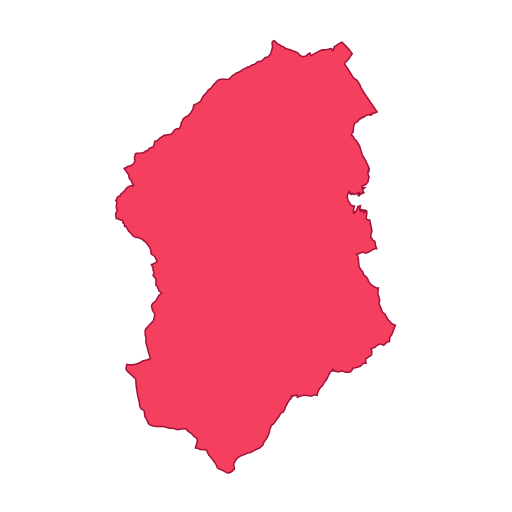 the district of Balcani, Bacau, Romania, rotated 273°
{"feature_id": "2599482B16052251783931", "entity_name": "Balcani", "entity_type": "district", "adm_level": 2, "iso_a3": "ROU", "parent_name": "Romania", "parent_adm1": "Bacau", "projection": "equal_earth", "projection_center": [26.5, 46.643], "detail": "fine", "context": "isolated", "style": "filled", "palette": "rose", "viewbox_px": 512, "rotation_deg": 273, "n_neighbors": 0, "source": "geoboundaries", "source_scale": "gbopen_adm2", "svg_char_len": 6115}
<svg xmlns="http://www.w3.org/2000/svg" viewBox="0 0 512 512"><g transform="rotate(273 256 256)"><path d="M350.5,364.0L358.2,359.8L362.0,357.1L371.9,353.4L376.7,349.9L377.9,348.2L381.0,346.4L381.1,345.2L382.4,345.1L385.4,346.6L390.0,346.6L394.0,347.7L394.3,348.7L396.2,351.0L397.8,351.8L399.0,354.3L400.1,354.5L400.5,355.0L400.0,356.2L400.7,357.2L402.3,358.3L402.3,359.3L402.9,360.6L402.8,361.8L403.2,362.6L402.7,362.8L402.6,363.3L403.6,364.6L404.6,364.9L405.1,367.4L406.2,369.4L424.4,355.5L429.3,352.2L432.9,350.5L436.8,347.7L437.8,345.6L439.7,343.5L447.7,338.0L452.7,334.1L457.4,338.1L463.0,341.5L467.3,338.0L471.6,333.5L471.4,333.4L474.1,330.8L472.2,327.3L469.4,324.0L469.3,323.2L467.6,323.1L467.1,322.6L465.2,322.3L467.1,320.1L465.6,315.1L465.6,312.8L464.8,312.1L465.3,311.2L465.2,310.6L459.0,300.4L461.5,299.3L460.8,297.8L458.4,295.5L457.5,292.6L458.5,289.5L461.1,287.0L462.2,284.4L463.0,281.1L463.9,279.4L464.1,277.5L464.7,274.9L466.5,272.2L466.7,270.3L467.9,269.2L468.9,266.7L472.1,262.8L471.6,261.9L470.2,260.9L465.3,261.5L458.7,260.1L455.5,257.6L455.0,256.5L454.9,255.0L451.3,251.7L450.4,249.8L450.4,247.9L447.5,244.7L446.8,243.1L446.6,241.9L444.9,240.2L444.3,237.6L443.2,236.3L442.1,233.9L438.7,229.3L437.8,226.7L436.1,225.1L435.2,223.3L431.5,220.1L430.8,218.2L430.9,213.7L430.6,211.4L429.4,208.5L424.1,204.1L421.3,202.3L419.4,199.8L417.0,198.4L413.1,195.0L407.6,192.5L405.1,189.2L403.7,186.1L399.1,185.2L395.1,183.0L392.9,181.2L390.6,177.7L388.9,175.9L387.2,175.5L385.1,174.4L381.5,173.8L379.6,172.8L379.1,171.9L378.9,170.2L377.8,168.2L373.8,165.6L373.4,164.9L372.9,164.0L371.8,158.1L368.7,153.8L365.9,151.3L365.3,149.0L364.0,148.6L362.4,148.6L359.6,147.6L358.4,144.6L357.1,143.1L355.5,142.3L355.4,140.7L353.7,138.8L353.2,137.6L352.7,135.6L352.3,131.1L351.9,130.3L349.1,129.6L346.9,129.5L344.4,130.3L341.6,128.7L339.9,126.7L338.7,123.0L337.6,122.2L337.2,120.6L336.4,119.7L330.9,124.3L329.9,124.8L327.1,125.2L324.9,127.3L321.9,128.7L320.1,130.1L319.4,129.3L319.9,128.8L318.9,125.5L317.8,124.0L316.9,123.4L316.7,122.7L314.9,121.9L313.3,120.6L313.1,120.1L311.4,118.7L311.2,118.1L310.5,117.5L308.8,117.1L308.7,116.2L307.5,114.4L306.1,114.3L304.9,113.6L304.7,113.9L304.0,113.2L303.7,113.8L301.2,114.3L298.2,113.8L295.9,114.2L294.2,115.3L292.9,114.4L290.6,113.6L286.2,114.4L285.5,117.3L284.7,118.9L284.9,120.1L284.6,121.0L282.2,121.4L282.3,121.8L280.9,122.9L278.6,123.2L279.0,124.4L273.7,127.8L273.3,128.8L269.7,132.0L268.3,135.0L268.3,137.6L266.6,141.7L265.4,143.0L264.1,145.0L260.0,148.6L256.5,150.7L254.0,150.8L252.4,151.4L251.1,153.9L250.0,155.0L245.4,157.6L243.9,155.9L242.1,152.6L242.1,152.0L241.8,151.9L238.9,153.9L236.6,153.8L234.5,155.1L231.1,154.2L230.7,155.0L230.1,155.1L227.8,157.3L221.9,157.5L219.5,159.5L216.2,160.9L213.9,163.8L211.5,161.0L206.1,158.4L203.2,155.3L201.4,154.4L200.5,154.3L196.7,155.3L193.1,157.7L191.1,157.9L186.0,156.9L177.7,149.9L175.9,149.2L171.6,149.4L168.8,150.3L163.6,150.7L153.8,153.8L148.0,156.0L146.4,152.2L145.5,148.7L143.0,144.9L141.2,140.2L140.7,134.9L141.1,132.7L136.9,132.1L135.7,132.3L133.9,133.9L126.9,142.3L119.1,143.3L110.6,145.1L102.7,147.4L99.7,147.8L97.6,149.1L95.9,152.0L95.3,152.5L89.9,153.4L86.7,155.6L82.9,157.4L81.6,159.3L80.7,162.9L80.5,165.8L80.8,172.8L79.3,179.6L79.7,182.2L78.6,185.9L78.7,188.8L79.5,190.7L79.7,195.5L77.5,197.1L75.2,201.0L72.6,203.5L71.4,205.6L70.0,206.8L68.6,207.2L61.1,205.5L60.9,207.9L59.8,210.3L59.8,215.5L59.4,216.8L54.8,219.2L52.0,222.0L46.2,226.8L42.1,228.7L40.0,234.3L37.9,238.6L37.9,240.0L39.0,242.5L42.2,245.7L45.8,244.8L47.8,244.7L53.0,247.7L55.4,250.8L57.1,254.8L58.5,257.3L59.6,261.0L62.5,265.7L64.4,269.6L67.5,272.7L70.8,273.8L74.3,276.2L77.9,277.7L81.4,278.8L82.9,278.6L87.6,280.2L88.9,281.9L91.0,283.5L96.9,287.3L100.3,289.0L101.7,291.4L104.5,292.8L107.3,293.4L109.3,294.7L110.6,294.9L112.9,296.5L114.6,297.1L115.4,298.6L117.6,298.4L118.2,299.4L117.6,299.9L118.4,300.9L119.3,303.2L118.7,303.4L119.1,304.6L117.0,304.7L118.6,308.1L119.5,311.4L119.0,318.3L119.4,319.8L120.2,320.8L120.4,321.6L120.0,324.3L122.1,324.5L126.9,326.4L130.7,329.7L133.0,330.5L135.7,332.7L142.5,335.5L144.1,336.5L145.1,337.2L145.2,338.7L147.0,338.5L146.1,339.9L145.2,340.4L144.7,343.2L144.6,344.6L145.8,348.3L145.1,349.6L144.7,351.7L144.6,353.9L145.2,356.3L147.0,357.9L149.0,358.7L150.1,362.9L151.4,366.0L154.4,368.8L154.7,371.5L157.7,370.9L159.1,371.2L163.3,376.6L166.7,376.7L169.5,375.8L170.9,379.4L172.8,381.2L174.4,384.0L174.6,385.5L173.5,388.2L175.5,390.0L177.3,392.2L177.5,393.8L181.7,393.8L184.7,395.8L194.2,398.8L195.7,394.8L197.6,393.3L199.2,391.2L204.7,387.9L206.0,385.8L206.9,385.1L215.3,381.2L216.8,381.7L218.7,381.8L225.1,379.6L230.5,379.9L230.3,378.0L233.1,372.8L236.7,369.6L238.3,369.1L240.8,367.4L242.7,364.6L245.7,363.5L246.2,362.8L250.5,359.5L259.0,358.3L262.0,357.2L263.3,356.4L263.6,358.4L264.6,360.5L265.4,361.4L265.4,362.3L264.7,364.6L264.8,366.1L265.5,367.8L269.1,373.2L269.2,374.0L269.7,374.8L269.5,376.1L271.2,375.6L271.6,375.1L276.8,374.0L278.2,371.6L281.7,369.5L283.0,369.5L287.1,370.5L297.6,367.8L298.0,367.6L297.9,365.8L298.6,364.4L300.0,364.1L304.8,364.5L306.9,364.1L307.0,363.7L306.7,363.5L307.2,362.9L305.1,362.0L304.9,361.3L305.6,361.1L307.4,362.2L307.4,361.3L307.0,359.8L306.3,359.5L306.3,359.1L307.5,359.5L307.4,359.0L307.8,358.9L307.3,358.2L306.5,358.0L306.8,357.5L308.0,357.8L308.2,357.1L308.5,357.0L310.0,357.6L310.6,357.0L311.6,357.6L310.8,355.1L307.3,354.2L305.7,353.4L305.3,352.1L303.8,352.1L304.0,351.1L307.7,351.0L311.0,351.8L311.0,350.7L311.8,348.1L315.2,345.9L316.0,345.0L320.9,343.9L324.6,345.4L323.7,345.7L323.7,346.1L324.4,346.4L323.2,346.8L322.4,347.9L322.6,348.5L323.4,348.5L323.3,349.5L323.5,349.6L322.6,350.2L323.2,353.0L323.8,353.6L323.7,354.2L324.9,354.9L324.8,355.8L322.9,355.5L322.9,354.9L322.3,354.7L321.9,354.8L321.4,355.7L323.0,356.9L323.3,357.8L324.4,358.3L324.6,359.0L324.2,359.9L324.8,360.5L326.7,359.1L327.7,359.5L328.4,359.3L329.8,361.0L329.6,358.3L331.1,358.1L331.7,359.7L332.9,360.5L332.8,362.0L333.5,362.0L335.8,363.9L340.4,364.5L340.4,364.8L345.2,363.2L345.9,363.5L345.9,364.3L348.5,364.5L348.1,363.9L350.5,364.0Z" fill="#f43f5e" stroke="#9f1239" stroke-width="1.5"/></g></svg>